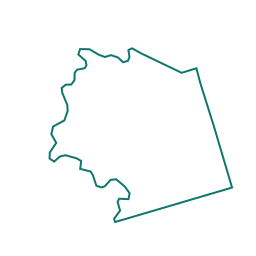 Saline, Missouri, United States of America, rotated 251°
{"feature_id": "52423323B60442880847167", "entity_name": "Saline", "entity_type": "district", "adm_level": 2, "iso_a3": "USA", "parent_name": "United States of America", "parent_adm1": "Missouri", "projection": "natural_earth1", "projection_center": [-93.121, 39.17], "detail": "fine", "context": "isolated", "style": "outline", "palette": "teal", "viewbox_px": 256, "rotation_deg": 251, "n_neighbors": 0, "source": "geoboundaries", "source_scale": "gbopen_adm2", "svg_char_len": 813}
<svg xmlns="http://www.w3.org/2000/svg" viewBox="0 0 256 256"><g transform="rotate(251 128 128)"><path d="M162.2,212.1L162.7,196.7L194.4,164.6L202.0,157.8L201.6,153.8L194.6,152.5L191.5,149.8L191.8,144.7L197.8,141.6L202.4,135.7L202.7,129.3L206.7,124.3L215.1,117.1L218.2,108.3L213.7,105.0L205.1,109.8L200.8,109.1L198.6,106.5L199.7,98.9L197.4,95.4L190.8,93.1L187.6,88.6L189.2,83.2L187.4,78.3L182.6,77.3L169.6,78.1L163.7,76.5L155.9,70.3L153.8,57.7L147.1,53.5L137.3,55.3L130.4,46.1L124.7,43.9L120.3,47.2L123.2,54.2L122.7,59.8L116.2,69.4L112.1,73.0L104.9,69.5L98.9,78.6L94.7,79.4L83.7,79.3L80.4,83.6L80.5,87.1L84.6,94.7L83.4,100.1L73.7,105.9L65.8,108.3L60.6,105.3L64.0,96.6L61.6,94.1L52.5,93.6L46.7,85.3L43.3,85.2L37.8,207.0L99.9,209.7L146.8,211.0L162.2,212.1Z" fill="none" stroke="#0f766e" stroke-width="2"/></g></svg>